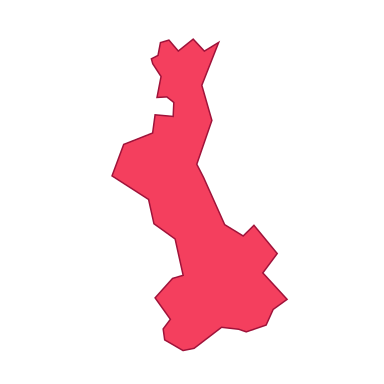 outline of Altinkul, Andijon, Uzbekistan, rotated 69°
{"feature_id": "79887680B88758805168239", "entity_name": "Altinkul", "entity_type": "district", "adm_level": 2, "iso_a3": "UZB", "parent_name": "Uzbekistan", "parent_adm1": "Andijon", "projection": "equal_earth", "projection_center": [72.13, 40.815], "detail": "fine", "context": "isolated", "style": "filled", "palette": "rose", "viewbox_px": 384, "rotation_deg": 69, "n_neighbors": 0, "source": "geoboundaries", "source_scale": "gbopen_adm2", "svg_char_len": 697}
<svg xmlns="http://www.w3.org/2000/svg" viewBox="0 0 384 384"><g transform="rotate(69 192 192)"><path d="M338.7,246.1L328.9,212.9L336.8,197.7L342.0,191.5L342.8,170.5L330.7,158.3L326.3,141.7L292.9,154.9L280.0,134.5L245.3,146.1L251.4,160.0L234.2,173.2L182.6,176.0L167.8,177.6L132.3,147.8L95.9,144.6L61.9,113.5L64.9,130.0L49.7,136.1L55.5,154.3L41.9,159.1L41.2,167.9L52.3,174.8L53.1,182.2L58.2,182.7L73.1,179.5L91.2,190.8L94.2,181.4L101.9,176.9L114.7,182.5L106.7,198.8L122.8,207.6L123.1,238.7L148.3,260.9L183.4,235.2L208.0,238.9L229.8,224.6L266.6,230.1L265.7,241.1L277.6,264.4L303.1,257.8L309.5,268.0L320.3,270.5L336.8,257.2L338.7,246.1Z" fill="#f43f5e" stroke="#9f1239" stroke-width="1.5"/></g></svg>